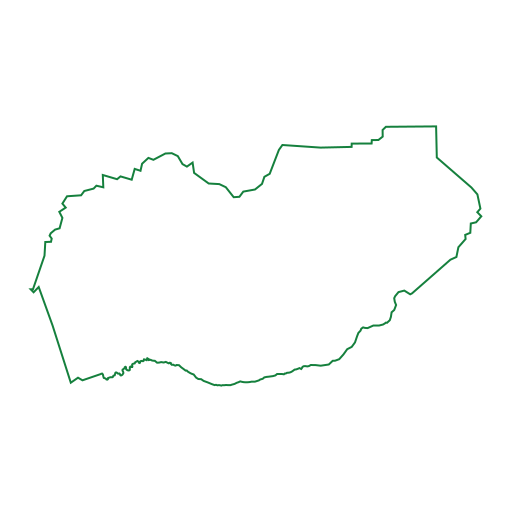 the district of El Dorado, California, United States of America
{"feature_id": "52423323B41898924582889", "entity_name": "El Dorado", "entity_type": "district", "adm_level": 2, "iso_a3": "USA", "parent_name": "United States of America", "parent_adm1": "California", "projection": "albers", "projection_center": [-120.618, 38.785], "detail": "fine", "context": "isolated", "style": "outline", "palette": "green", "viewbox_px": 512, "rotation_deg": 0, "n_neighbors": 0, "source": "geoboundaries", "source_scale": "gbopen_adm2", "svg_char_len": 3581}
<svg xmlns="http://www.w3.org/2000/svg" viewBox="0 0 512 512"><path d="M471.4,187.5L436.8,157.5L436.1,126.4L385.9,126.8L382.6,130.0L382.7,136.6L378.4,140.0L371.8,140.1L371.6,143.5L351.7,143.6L351.6,146.9L320.5,147.6L282.4,145.0L278.9,149.9L269.7,173.8L264.4,176.8L262.0,183.9L255.0,189.5L243.3,191.6L239.4,196.8L233.7,197.2L225.8,187.2L219.3,184.1L208.7,183.5L194.1,172.9L192.6,162.6L186.9,166.6L182.5,164.1L177.8,156.1L171.8,153.2L165.4,153.5L153.4,159.8L148.4,157.9L142.1,163.7L140.5,170.8L134.7,168.9L131.7,179.7L120.5,176.4L117.1,179.2L102.8,175.0L103.3,187.3L96.4,185.7L93.6,188.6L84.3,191.0L81.1,195.3L68.1,196.2L67.0,196.3L62.4,203.6L65.7,207.6L59.3,211.8L62.4,217.9L59.6,228.3L55.1,229.6L50.7,233.3L49.6,235.7L51.7,238.6L51.0,241.8L45.3,242.0L44.5,255.7L33.0,289.2L30.7,289.3L33.6,292.3L38.7,287.0L52.6,325.6L70.8,382.7L78.0,377.7L82.5,380.3L100.9,374.0L101.3,373.7L102.2,373.6L102.9,374.5L103.1,375.4L103.4,376.7L103.5,377.1L103.8,377.9L104.6,378.1L106.1,378.9L106.5,379.5L107.4,379.6L107.9,379.2L108.1,378.0L109.1,377.7L110.2,377.3L111.0,377.2L112.1,377.3L112.8,377.0L113.4,375.7L114.7,375.3L115.2,373.5L115.4,372.8L116.0,372.4L116.7,372.6L118.1,373.7L118.8,373.6L119.3,373.5L120.0,374.2L120.1,374.8L120.6,375.4L121.3,375.4L122.3,374.8L123.0,373.8L123.4,373.0L123.1,371.6L122.5,370.7L122.6,369.6L123.4,369.1L124.5,368.2L124.8,367.2L125.4,366.8L125.9,367.1L126.1,368.2L125.9,368.8L126.6,369.7L127.6,370.3L128.9,370.5L129.8,369.9L129.8,369.1L129.8,367.6L129.9,367.1L130.4,366.6L131.1,367.0L132.2,367.0L132.4,366.2L132.1,365.4L132.2,364.4L132.8,363.9L133.6,363.6L134.7,363.4L135.2,362.3L135.9,361.9L136.6,361.5L137.4,361.0L138.1,361.4L138.8,362.0L138.9,362.7L139.7,363.0L140.1,362.4L140.3,361.4L141.2,360.9L143.0,361.2L143.7,360.7L143.7,360.1L143.9,359.4L144.6,359.4L146.4,360.1L147.3,358.3L148.3,358.9L148.1,359.0L148.4,360.1L150.6,359.8L152.0,360.5L153.2,360.7L154.8,360.8L157.1,362.7L159.0,362.6L161.2,362.1L163.7,362.5L165.8,361.9L168.6,363.3L169.9,362.7L170.9,363.2L170.7,363.7L171.8,364.8L173.3,364.7L174.5,365.4L175.7,365.6L176.6,365.0L179.0,365.2L181.2,367.3L183.4,368.9L185.6,370.6L186.7,370.5L187.8,371.6L189.9,372.9L191.5,373.7L193.7,374.5L196.1,377.6L198.3,379.0L201.2,379.2L203.6,380.9L207.7,382.4L211.8,384.1L214.6,385.1L216.0,384.8L217.4,385.3L219.0,385.1L220.3,385.3L221.3,385.6L222.3,385.2L224.4,385.2L226.0,385.0L227.5,385.1L228.7,385.1L230.6,385.1L232.0,384.6L233.2,384.3L234.6,383.9L236.7,382.8L238.5,382.2L240.2,381.4L242.2,381.9L244.0,382.2L246.5,382.3L248.4,382.2L250.0,382.0L251.4,381.7L253.2,381.7L254.8,381.7L256.7,381.1L258.9,380.4L260.2,379.5L262.7,378.8L264.3,377.4L266.6,376.9L268.6,376.7L270.8,376.4L273.0,376.1L275.4,375.4L277.1,374.0L282.0,374.0L283.9,374.3L284.8,373.5L285.8,373.5L287.0,372.8L288.4,372.7L289.8,372.5L291.5,371.8L293.0,370.8L294.6,369.6L296.2,369.4L298.1,368.7L299.5,368.1L300.3,368.5L301.2,369.0L301.7,368.4L302.6,366.8L303.8,366.2L305.3,366.1L307.3,366.4L308.9,366.1L310.8,365.0L315.7,365.1L320.7,365.7L328.8,364.5L332.7,360.8L335.1,360.7L339.2,359.2L343.4,354.5L347.2,349.2L351.7,346.9L355.0,342.4L357.1,336.2L358.4,332.9L360.5,330.7L361.3,328.7L363.1,327.4L364.9,327.9L367.6,328.1L373.4,325.5L379.2,325.5L383.1,324.5L384.9,323.4L385.9,322.6L387.0,322.8L389.8,320.2L390.9,316.9L391.6,312.3L394.2,310.0L394.7,308.7L396.1,305.0L394.8,301.8L394.2,298.2L395.2,296.1L398.5,292.1L404.3,290.6L410.2,294.3L412.0,293.4L450.4,259.7L456.4,257.0L458.4,247.2L465.6,239.0L465.2,234.9L470.3,232.8L470.8,223.5L476.1,222.3L481.3,216.3L477.3,212.2L480.4,208.6L477.4,194.4L471.4,187.5Z" fill="none" stroke="#15803d" stroke-width="2"/></svg>